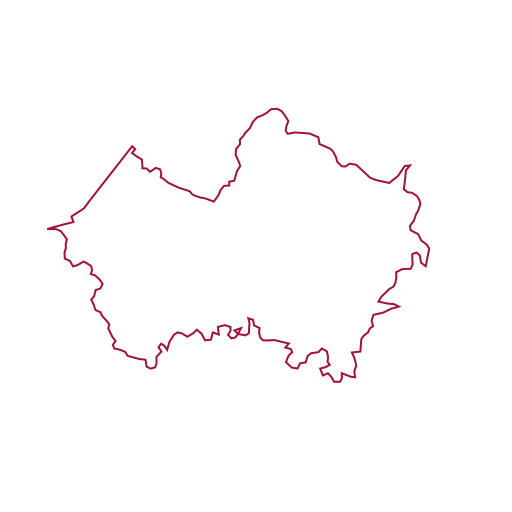 the district of São José da Boa Vista, Paraná, Brazil, rotated 65°
{"feature_id": "56859067B10835162552954", "entity_name": "São José da Boa Vista", "entity_type": "district", "adm_level": 2, "iso_a3": "BRA", "parent_name": "Brazil", "parent_adm1": "Paraná", "projection": "robinson", "projection_center": [-49.657, -23.956], "detail": "fine", "context": "isolated", "style": "outline", "palette": "rose", "viewbox_px": 512, "rotation_deg": 65, "n_neighbors": 0, "source": "geoboundaries", "source_scale": "gbopen_adm2", "svg_char_len": 3051}
<svg xmlns="http://www.w3.org/2000/svg" viewBox="0 0 512 512"><g transform="rotate(65 256 256)"><path d="M322.5,95.9L318.0,96.4L311.7,99.7L304.8,99.8L297.9,105.0L293.8,103.7L290.7,98.0L285.8,93.3L283.4,89.8L278.4,85.1L274.3,84.3L269.7,84.8L264.6,87.9L262.2,91.8L257.9,93.8L249.4,88.4L241.8,84.0L239.0,78.2L237.3,83.2L243.5,93.5L246.1,104.4L238.2,114.7L233.5,119.4L215.7,126.6L211.9,132.1L212.7,137.1L210.9,140.3L205.1,142.5L199.9,141.7L193.3,142.1L189.9,143.6L181.4,151.1L174.7,149.3L167.6,155.7L160.4,168.7L158.7,175.6L155.0,176.2L151.0,173.4L147.5,169.7L140.5,170.5L135.3,171.7L131.6,174.6L129.3,180.3L130.8,185.7L131.2,191.3L130.8,196.3L133.2,202.3L137.4,207.3L139.9,213.7L142.1,217.2L143.8,221.5L147.9,223.2L150.6,228.9L155.8,231.7L164.2,231.8L167.8,232.3L171.1,237.5L178.6,243.9L177.3,248.9L180.8,250.4L178.9,255.4L181.2,260.1L185.0,264.3L188.9,271.2L182.3,277.7L179.7,281.4L176.3,285.1L173.2,287.7L169.3,288.7L164.9,293.5L161.5,297.1L152.6,304.6L147.6,306.9L144.4,309.1L141.3,307.0L137.0,306.3L133.8,309.5L134.9,316.4L130.4,318.2L128.6,321.8L120.4,318.6L114.9,322.3L110.2,324.8L108.1,320.3L104.2,321.9L134.7,381.7L140.2,392.0L142.2,406.6L148.1,407.1L146.1,417.0L143.3,433.8L147.3,425.6L151.4,422.2L160.9,420.3L164.9,423.5L168.5,425.0L171.8,428.0L177.5,430.4L181.9,426.7L188.1,426.2L188.8,421.4L188.2,414.6L192.0,411.8L195.5,409.7L199.4,410.5L202.6,413.3L205.5,410.1L210.2,408.0L216.5,406.8L219.7,410.8L219.1,415.7L224.1,419.8L225.8,423.7L232.0,423.7L237.0,424.4L241.2,420.7L244.9,420.9L248.3,419.8L252.2,418.6L255.9,417.9L259.2,420.5L268.2,420.4L273.7,419.2L276.0,423.3L279.9,423.5L283.4,419.0L287.7,415.0L292.2,414.6L299.8,405.6L303.3,400.0L310.0,401.9L313.5,399.2L314.3,394.6L311.4,391.6L305.4,388.9L302.7,382.1L297.5,382.9L295.4,379.0L298.6,377.0L303.5,376.2L297.5,371.0L292.8,363.9L292.1,359.6L294.5,356.2L300.2,352.2L299.4,345.3L297.8,340.8L303.3,338.2L310.9,337.8L312.8,332.2L307.0,327.4L311.5,322.9L304.2,320.5L305.5,313.5L309.6,309.1L313.1,310.8L315.6,314.7L320.2,313.1L321.1,309.3L319.1,305.2L323.5,299.0L323.0,295.1L318.8,292.9L313.7,290.1L309.2,289.3L312.6,285.6L318.1,287.1L322.8,283.2L326.7,285.6L331.9,286.6L335.3,285.4L337.2,281.7L340.1,274.6L345.3,268.2L349.2,263.2L351.4,268.2L355.0,263.8L358.5,263.8L360.1,268.6L364.8,273.7L372.2,270.8L375.5,266.0L371.9,261.4L373.4,256.0L368.4,251.3L367.4,247.2L369.5,240.1L367.7,235.4L372.4,232.1L378.2,233.4L382.1,235.9L385.8,235.1L386.2,239.8L385.1,245.4L392.5,245.9L392.7,240.3L397.3,238.8L403.1,238.3L405.5,232.8L402.9,229.7L398.5,227.8L405.5,221.1L407.8,217.4L402.3,215.8L397.5,211.3L390.6,210.0L384.0,209.8L386.7,201.8L376.0,195.8L373.7,192.0L372.6,186.8L369.8,183.5L369.1,179.6L363.3,178.5L359.0,174.4L360.0,169.7L361.1,164.6L360.9,155.5L362.2,147.9L358.0,151.2L354.6,157.0L349.1,164.3L346.0,159.8L342.3,149.3L341.8,144.3L339.2,141.0L334.6,137.8L329.9,135.8L329.7,128.7L333.0,121.2L329.7,117.5L325.6,116.0L320.4,113.6L320.6,109.1L324.5,107.3L331.9,109.2L337.0,106.5L322.5,95.9ZM319.1,305.2L314.3,306.9L315.0,300.0L319.1,305.2Z" fill="none" stroke="#9f1239" stroke-width="2"/></g></svg>